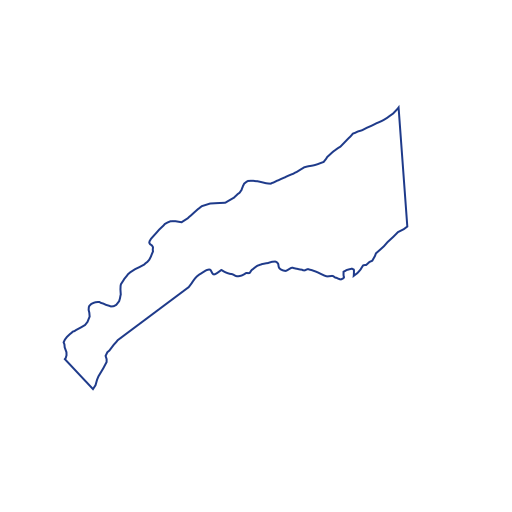 outline of Morne Lezard Estate, Choiseul, Saint Lucia, rotated 37°
{"feature_id": "8701671B19228970825308", "entity_name": "Morne Lezard Estate", "entity_type": "district", "adm_level": 2, "iso_a3": "LCA", "parent_name": "Saint Lucia", "parent_adm1": "Choiseul", "projection": "equal_earth", "projection_center": [-61.026, 13.777], "detail": "fine", "context": "isolated", "style": "outline", "palette": "blue", "viewbox_px": 512, "rotation_deg": 37, "n_neighbors": 0, "source": "geoboundaries", "source_scale": "gbopen_adm2", "svg_char_len": 5516}
<svg xmlns="http://www.w3.org/2000/svg" viewBox="0 0 512 512"><g transform="rotate(37 256 256)"><path d="M163.1,309.8L163.3,309.9L164.3,310.3L166.4,310.2L167.9,310.7L168.6,311.2L169.7,313.0L171.0,314.4L171.7,317.3L172.4,319.7L173.0,323.2L172.8,326.1L172.1,328.4L171.9,330.0L171.5,330.9L169.6,335.0L167.4,339.2L166.0,343.0L165.4,344.6L164.7,347.8L164.8,349.0L164.6,353.5L164.8,355.4L165.1,359.8L165.8,361.3L167.8,364.2L169.5,366.2L171.2,368.2L171.6,369.2L172.5,371.0L172.9,371.8L173.9,374.5L173.8,379.1L172.7,381.5L172.1,382.2L170.5,383.6L168.5,384.2L165.6,385.3L162.7,385.9L160.3,386.8L158.6,387.0L157.5,387.8L155.6,389.6L154.6,391.0L153.3,393.4L152.9,396.1L153.3,397.5L154.8,399.8L157.0,401.6L159.6,404.5L161.1,410.1L161.0,414.0L159.3,418.1L156.8,423.5L156.2,425.3L155.4,426.3L155.1,427.1L155.0,428.1L154.4,430.3L154.0,432.6L153.7,434.5L153.7,437.8L154.3,440.7L156.2,441.9L158.2,444.1L162.5,446.9L164.4,449.3L165.4,451.9L165.4,453.4L205.9,460.4L205.6,455.8L203.5,450.4L202.6,446.9L201.6,437.5L200.5,430.6L198.8,428.3L196.0,426.3L195.2,422.3L195.8,419.7L195.8,412.5L196.2,408.2L196.2,406.5L221.0,321.3L221.0,316.1L220.9,315.8L220.9,314.9L220.8,313.2L220.8,311.9L220.8,310.3L220.9,309.7L221.0,308.4L221.2,307.4L221.6,305.9L221.9,304.8L222.6,303.2L223.2,301.5L223.9,299.7L224.5,298.1L225.1,296.9L225.9,295.9L226.7,295.0L227.5,294.6L228.0,294.6L228.6,294.7L229.2,295.0L231.6,296.1L232.8,296.3L233.5,296.0L234.1,295.4L234.7,294.2L235.2,293.0L235.9,290.8L236.6,288.5L236.7,288.1L237.4,287.9L238.8,287.8L239.7,287.7L240.9,287.5L241.8,287.3L242.9,287.0L243.6,286.8L244.7,286.4L245.8,286.0L246.7,285.5L247.3,285.1L248.1,284.8L249.3,284.5L250.2,284.4L251.0,284.3L251.9,284.1L252.7,283.8L253.7,283.1L254.3,282.6L254.9,281.9L255.7,281.0L256.3,280.2L256.8,279.3L257.3,278.2L257.8,277.2L257.9,276.6L258.4,275.5L259.1,274.9L259.7,274.7L260.5,274.1L261.1,273.4L261.1,271.9L261.0,271.1L261.0,270.4L261.0,269.7L261.5,268.2L261.7,267.2L262.0,266.0L262.3,265.0L262.7,263.6L263.3,262.4L264.0,261.4L264.4,260.7L265.1,259.8L265.6,258.9L266.9,257.5L268.3,255.9L269.2,255.0L269.7,254.6L270.3,253.7L270.7,253.1L271.3,252.3L272.0,251.3L272.8,250.5L273.5,249.9L274.5,249.0L275.1,248.7L276.1,248.5L276.5,248.5L277.2,248.6L278.2,248.8L279.0,249.4L279.5,249.9L280.2,250.6L280.7,251.0L281.3,251.4L282.1,251.7L282.9,251.8L283.9,251.8L285.3,251.5L286.1,251.3L286.6,251.1L287.9,250.5L288.4,250.3L289.0,249.6L289.4,248.8L289.8,247.9L290.2,246.9L290.6,245.9L291.1,244.7L291.5,244.1L292.3,243.3L293.4,243.0L294.2,242.6L295.4,242.1L296.7,241.4L297.7,241.0L298.6,240.6L299.6,240.1L300.9,239.3L301.8,239.2L302.6,238.8L303.3,238.4L303.8,237.8L304.3,236.8L304.6,236.3L305.1,235.5L305.6,235.1L306.8,234.7L307.3,234.5L308.4,234.0L309.4,233.6L310.8,233.2L312.0,232.8L313.3,232.4L313.8,232.3L315.3,231.9L316.9,231.6L318.5,231.3L320.8,230.8L322.3,230.5L323.9,230.0L324.6,229.7L325.2,229.4L326.1,228.6L326.7,228.0L327.5,227.3L328.4,226.4L328.9,226.0L329.6,225.7L330.5,225.6L331.0,225.6L331.9,225.6L332.5,225.5L333.3,225.0L334.9,224.7L335.8,224.5L336.4,224.2L336.8,224.2L337.4,223.9L338.0,223.5L338.3,222.9L338.9,221.9L339.0,221.4L339.2,220.7L339.1,220.1L338.6,219.6L338.1,219.3L337.7,218.9L336.8,217.8L335.4,215.9L335.8,214.9L336.2,214.3L336.7,212.9L337.3,212.0L337.9,211.3L338.4,210.6L339.0,209.9L339.6,209.2L340.2,208.4L340.8,208.3L341.4,208.2L342.0,208.0L342.7,208.3L343.0,208.7L343.9,209.9L345.7,212.5L346.0,213.0L346.3,211.9L346.6,210.8L347.1,209.2L347.3,208.2L347.4,207.1L347.5,205.9L347.6,204.5L347.6,203.6L347.5,202.6L347.4,201.9L347.3,200.4L347.2,199.3L347.3,198.9L347.9,198.2L348.5,197.6L349.4,196.8L350.2,192.5L351.7,189.8L351.0,184.4L350.2,181.7L351.5,175.4L352.3,171.2L352.7,165.7L354.1,158.1L355.0,151.5L357.9,145.6L359.1,141.4L280.5,51.6L280.5,52.9L280.2,55.9L279.9,58.4L279.8,59.6L278.8,62.7L278.5,63.6L278.4,63.9L277.6,66.7L276.1,70.5L275.2,72.4L274.5,73.7L273.1,76.2L272.4,77.3L271.4,79.4L269.8,82.6L267.4,86.8L265.1,91.6L264.2,92.9L263.9,93.3L262.6,95.0L262.2,95.7L261.7,96.6L261.1,97.9L259.8,99.8L259.7,100.2L259.6,102.5L259.5,103.3L259.5,103.8L259.1,105.9L259.0,106.8L258.9,107.4L257.6,117.9L256.8,119.8L256.7,120.1L256.5,120.6L254.9,125.8L254.7,126.7L254.4,128.1L254.2,129.3L253.5,133.0L253.3,134.0L253.5,136.2L253.4,140.3L253.2,140.5L251.2,143.6L250.1,145.4L248.6,147.5L247.9,148.4L246.8,149.7L245.2,151.4L244.8,151.8L243.9,152.7L243.7,153.0L243.2,153.5L241.1,156.2L240.6,157.6L239.8,159.5L237.9,164.5L237.1,165.8L236.8,166.6L236.2,168.0L235.2,169.5L233.5,172.4L232.9,173.5L232.3,174.6L231.9,175.6L231.5,176.2L229.6,179.5L228.4,181.9L228.2,182.2L227.2,183.7L227.0,184.3L226.7,184.9L225.7,186.9L225.1,187.7L224.7,188.3L224.3,189.3L223.1,190.1L222.7,190.4L221.0,191.4L219.9,192.0L217.3,193.1L213.7,194.7L213.3,194.9L212.6,195.2L212.3,195.3L212.1,195.5L211.9,195.6L210.9,196.3L209.7,197.0L209.0,197.3L206.3,199.3L205.4,200.1L204.5,200.8L203.8,202.3L203.0,205.3L203.2,206.4L203.4,207.3L203.4,207.7L203.7,208.6L203.9,209.3L204.0,209.6L204.1,210.3L204.7,211.9L204.7,212.4L204.8,214.7L204.8,215.5L204.1,217.6L203.9,219.1L203.4,221.8L203.4,222.4L200.9,228.3L200.6,229.0L200.4,229.5L199.6,231.5L199.4,231.9L198.4,232.8L193.8,236.6L188.6,241.0L187.7,241.8L185.8,244.5L182.8,248.7L182.3,250.3L181.8,252.4L181.4,253.6L180.5,258.2L179.6,263.0L179.1,264.9L178.8,267.0L178.4,268.0L176.5,273.1L176.3,273.8L175.7,274.1L174.2,274.9L170.7,276.7L166.8,279.7L165.4,282.1L164.8,283.3L163.9,285.4L163.8,287.3L163.3,290.2L162.8,293.2L162.6,296.0L162.1,301.8L161.8,305.4L162.1,308.2L162.7,309.5L163.1,309.8Z" fill="none" stroke="#1e3a8a" stroke-width="2"/></g></svg>